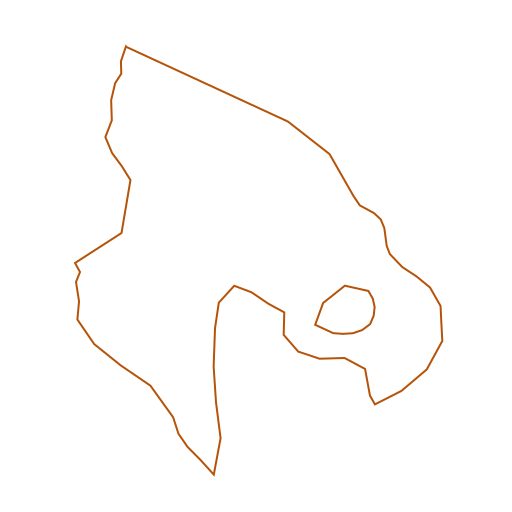 the border of Gədəbəy, rotated 177°
{"feature_id": "AZE-1678", "entity_name": "Gədəbəy", "entity_type": "District", "adm_level": 1, "iso_a3": "AZE", "parent_name": "Azerbaijan", "parent_adm1": "", "projection": "robinson", "projection_center": [45.628, 40.56], "detail": "fine", "context": "isolated", "style": "outline", "palette": "amber", "viewbox_px": 512, "rotation_deg": 177, "n_neighbors": 0, "source": "natural_earth", "source_scale": "10m", "svg_char_len": 1018}
<svg xmlns="http://www.w3.org/2000/svg" viewBox="0 0 512 512"><g transform="rotate(177 256 256)"><path d="M74.4,181.2L74.4,161.4L91.4,133.8L117.8,113.7L145.0,101.6L149.5,110.6L153.0,137.5L172.9,149.5L197.9,150.1L218.8,158.3L232.5,175.8L230.7,198.2L246.3,207.8L262.4,220.0L279.3,227.4L295.6,211.3L300.7,186.1L304.1,147.7L303.6,111.9L300.9,75.9L309.6,39.9L322.0,55.1L334.4,69.0L342.7,82.5L347.2,99.3L368.2,132.0L396.9,153.9L422.2,176.5L437.7,201.9L435.1,220.0L437.1,239.5L432.6,249.2L437.1,258.5L389.1,286.0L377.4,338.4L385.3,352.7L394.3,366.3L400.2,382.6L392.9,399.0L392.5,419.1L387.6,436.0L381.0,445.1L380.7,457.5L374.9,472.1L374.4,471.5L217.1,388.6L177.2,353.9L155.4,310.6L149.7,301.1L135.7,292.5L129.5,286.0L126.4,277.2L124.9,259.0L122.2,250.9L110.5,237.3L96.9,227.3L83.9,215.5L74.3,196.4L74.4,181.2ZM168.8,221.7L191.4,205.6L200.5,184.2L182.9,174.9L173.2,173.7L163.3,173.8L154.0,176.4L145.6,182.0L141.6,190.2L140.2,198.8L141.6,207.3L145.6,215.2L168.8,221.7Z" fill="none" stroke="#b45309" stroke-width="2"/></g></svg>